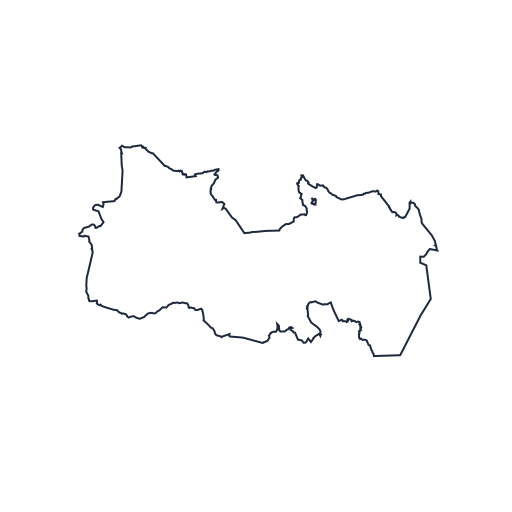 outline of Tangancícuaro, Michoacán, Mexico, rotated 41°
{"feature_id": "50627088B86579447332428", "entity_name": "Tangancícuaro", "entity_type": "district", "adm_level": 2, "iso_a3": "MEX", "parent_name": "Mexico", "parent_adm1": "Michoacán", "projection": "albers", "projection_center": [-102.26, 19.874], "detail": "fine", "context": "isolated", "style": "outline", "palette": "slate", "viewbox_px": 512, "rotation_deg": 41, "n_neighbors": 0, "source": "geoboundaries", "source_scale": "gbopen_adm2", "svg_char_len": 6147}
<svg xmlns="http://www.w3.org/2000/svg" viewBox="0 0 512 512"><g transform="rotate(41 256 256)"><path d="M238.5,164.3L237.4,165.4L239.0,166.4L238.7,167.4L239.8,169.0L238.9,170.0L239.6,171.9L240.4,172.8L240.2,173.5L239.4,173.8L239.6,174.5L241.2,175.1L242.4,175.1L242.7,176.1L246.0,179.3L247.3,179.7L247.9,179.3L248.6,179.5L249.8,179.3L250.7,181.8L251.6,182.5L251.5,183.4L254.3,183.3L255.9,185.1L257.6,186.0L257.9,186.7L260.2,186.0L263.2,186.9L264.0,188.1L265.7,189.1L267.0,192.2L266.6,192.8L265.0,192.9L263.6,194.6L262.6,195.2L261.7,199.0L260.9,200.5L259.7,201.5L259.9,202.8L261.8,205.3L259.8,210.3L257.6,212.3L256.5,216.5L256.3,219.2L256.3,220.1L256.9,221.5L247.4,230.2L239.8,238.2L237.1,240.6L236.6,241.8L232.2,246.4L217.2,242.3L212.5,242.7L202.1,240.2L200.3,240.7L199.7,242.4L198.0,237.5L194.8,237.5L192.0,240.9L190.8,241.5L189.1,239.9L188.3,240.6L180.5,238.5L180.0,237.5L179.2,237.1L178.5,235.4L178.1,235.4L178.0,234.6L177.4,234.5L176.5,232.2L176.5,228.8L175.3,225.0L176.0,221.7L174.0,220.4L171.4,221.9L171.0,221.6L171.4,220.6L171.0,219.6L171.2,216.9L171.6,216.4L171.2,215.3L170.7,215.0L168.3,218.1L168.2,218.9L167.5,220.0L166.5,220.7L165.5,222.5L163.8,224.1L163.7,225.1L161.9,226.1L161.3,228.7L158.0,232.1L156.4,234.5L158.1,235.3L152.0,242.2L149.8,240.4L148.9,240.6L148.7,241.3L147.6,241.5L148.0,242.0L147.1,242.5L144.3,240.5L143.1,241.0L143.0,241.9L142.1,242.2L142.3,242.4L141.7,242.5L141.3,243.2L137.5,245.9L135.3,245.9L133.1,246.7L131.8,246.4L129.1,247.1L128.2,247.9L110.8,246.1L110.2,246.7L106.6,247.8L101.4,247.5L101.4,247.2L100.5,248.0L99.5,247.6L99.4,248.3L98.9,248.7L98.1,247.9L96.7,247.8L90.6,254.8L90.3,256.2L85.4,260.1L82.5,260.7L82.5,262.4L82.1,263.9L84.2,264.1L85.2,265.1L86.4,265.7L86.5,266.5L87.5,266.7L87.2,267.2L95.3,275.8L99.3,279.1L112.1,295.6L113.8,299.9L113.8,301.7L113.2,303.6L113.4,304.3L112.6,305.3L113.2,307.4L105.2,315.8L106.9,316.8L108.2,319.5L103.1,321.0L101.3,323.0L101.1,324.2L101.2,326.0L101.9,327.2L102.8,327.8L107.9,325.6L114.6,329.3L118.7,330.5L118.8,331.0L119.0,335.5L118.1,336.1L117.2,339.3L116.4,340.1L115.4,339.3L113.8,338.7L112.2,339.1L111.4,340.2L110.5,343.7L107.9,347.4L107.8,349.8L108.9,351.6L108.0,355.4L109.4,356.0L109.7,356.6L113.3,354.3L113.3,353.2L116.9,351.2L120.0,353.5L120.6,354.6L124.4,355.3L125.7,356.2L127.8,358.3L127.5,358.6L129.4,359.5L130.5,360.6L142.7,383.7L147.0,389.3L149.9,392.1L151.2,394.3L155.7,396.1L157.2,397.9L158.4,398.2L159.3,399.3L160.2,399.1L162.0,397.7L165.0,394.1L165.5,394.2L167.0,396.3L169.9,396.0L170.7,394.6L171.8,395.1L177.4,392.9L184.1,389.8L186.7,388.1L189.7,388.3L191.6,387.6L192.6,387.6L193.3,386.6L195.8,385.4L197.4,385.5L198.5,386.1L200.1,386.0L200.5,385.8L201.2,384.0L203.3,381.6L206.2,381.1L209.4,379.7L211.6,375.4L211.9,371.6L212.5,369.7L213.9,367.9L217.0,366.0L217.8,364.8L217.8,362.6L218.7,360.7L219.2,355.8L220.6,355.1L221.2,354.2L222.2,353.6L222.2,350.2L223.9,346.7L223.9,345.8L225.3,344.9L227.2,342.6L228.8,342.2L231.3,339.1L233.9,337.9L234.7,337.0L236.3,337.2L238.1,338.1L238.9,339.0L239.6,339.0L240.7,337.5L242.4,336.9L243.4,336.0L245.5,336.5L247.1,335.4L249.2,331.7L250.9,332.0L254.0,334.3L257.9,337.7L258.6,339.0L265.3,339.2L268.9,339.6L271.0,339.0L273.8,339.9L276.1,341.4L278.0,341.8L282.4,339.7L283.2,339.9L283.5,338.7L287.2,332.4L287.6,333.3L288.9,334.0L299.8,326.1L318.2,317.2L318.5,315.7L319.0,315.5L319.3,314.3L320.2,313.2L320.2,311.3L319.7,308.7L317.9,307.5L317.9,304.7L317.5,304.3L318.8,301.7L320.6,300.3L320.5,298.0L318.5,295.0L316.6,293.4L319.0,293.6L322.0,296.6L324.0,297.0L327.3,293.9L327.6,291.6L328.3,290.1L328.1,287.9L329.0,286.7L330.5,286.5L329.6,288.0L330.4,289.0L333.3,288.6L334.5,289.1L335.2,288.4L336.1,288.4L342.5,291.6L345.9,289.7L348.9,290.2L349.4,289.7L350.2,288.8L350.3,288.0L349.5,284.0L353.9,284.9L353.4,280.1L353.1,280.0L353.4,277.5L354.7,273.3L356.9,274.1L356.4,273.1L356.5,272.6L355.1,272.2L354.4,270.8L352.1,269.7L349.4,269.4L341.3,270.0L334.3,267.3L334.2,266.5L330.5,263.0L329.0,262.4L329.1,261.6L328.5,261.6L328.3,260.9L327.8,260.7L327.9,260.1L327.5,259.9L327.7,259.3L327.0,258.2L327.1,255.5L327.8,254.6L328.3,254.6L330.3,251.5L330.6,251.2L333.2,250.8L338.6,248.7L339.3,247.4L341.3,246.0L342.9,242.0L349.2,245.6L361.1,250.8L362.6,247.8L363.8,247.9L364.3,248.3L366.7,246.3L367.7,246.4L368.1,245.6L367.7,245.1L368.0,244.4L367.8,244.1L366.8,244.0L366.7,243.0L367.7,242.9L368.0,242.3L369.2,241.8L369.9,241.7L371.0,242.5L371.4,241.3L372.3,241.1L372.9,240.3L375.1,240.1L376.1,238.5L377.5,237.9L378.6,238.7L378.8,239.6L379.7,239.3L380.2,240.2L380.6,239.9L381.9,240.7L381.5,241.0L381.6,241.4L382.3,241.7L382.4,242.4L382.8,242.2L383.4,243.2L383.9,243.3L383.1,245.3L384.7,246.1L384.8,247.3L387.4,250.0L389.1,250.4L389.3,249.5L391.5,249.4L392.8,248.0L394.2,247.2L395.1,247.2L399.1,249.2L400.1,249.1L400.6,248.7L404.9,251.3L406.1,251.5L407.3,252.4L409.1,252.8L410.6,254.2L429.9,236.3L419.2,192.8L416.1,173.8L390.6,151.3L384.4,153.3L380.4,148.7L383.1,146.5L383.3,142.8L382.7,141.0L382.6,136.7L389.2,132.9L388.0,132.4L385.5,130.3L384.3,130.5L384.6,129.8L381.3,127.4L375.2,125.1L359.9,122.5L358.3,121.4L356.7,119.6L350.6,116.0L348.8,114.4L346.8,113.9L343.2,113.7L342.0,112.7L339.7,112.7L338.5,113.6L337.9,115.0L336.9,113.8L336.9,115.0L340.8,119.3L342.9,128.1L342.9,129.4L341.9,130.1L342.0,131.0L338.2,132.5L336.9,131.9L335.5,132.6L335.3,133.2L334.2,131.8L332.8,131.6L331.3,132.3L330.2,133.5L327.7,132.9L327.5,132.6L326.3,132.6L325.3,131.9L324.5,132.1L323.9,131.3L311.1,128.9L310.0,127.6L307.8,128.9L306.2,127.2L305.3,126.9L304.5,127.1L304.3,128.3L303.8,129.0L301.5,130.6L299.4,134.4L297.5,136.4L297.4,137.6L296.4,138.4L296.5,139.3L296.0,140.3L292.7,143.6L284.8,156.0L283.4,157.2L278.1,158.8L277.0,158.2L273.2,159.7L271.2,159.6L270.1,160.0L268.0,159.6L266.0,158.6L264.9,158.7L264.3,158.3L262.6,159.3L260.4,158.8L260.2,159.4L259.4,159.5L258.3,160.9L256.1,161.1L255.0,161.7L256.7,164.3L256.5,165.6L252.6,166.5L247.9,167.2L247.5,167.0L247.4,166.0L245.0,165.7L244.7,166.1L242.9,166.0L238.5,164.3ZM263.0,174.1L264.3,174.3L267.1,178.1L265.9,178.5L266.1,178.9L264.0,179.7L263.8,179.2L263.1,179.5L262.4,176.4L259.9,175.9L260.8,175.7L263.0,176.3L263.6,175.4L262.7,174.6L263.0,174.1Z" fill="none" stroke="#1e293b" stroke-width="2"/></g></svg>